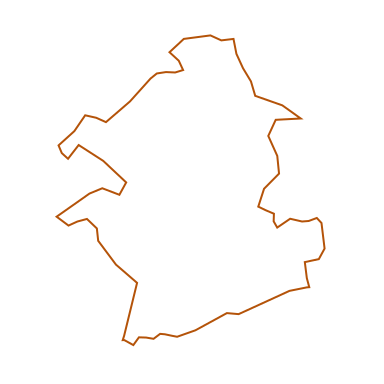 the District of Hîncesti, rotated 275°
{"feature_id": "MDA-1639", "entity_name": "Hîncesti", "entity_type": "District", "adm_level": 1, "iso_a3": "MDA", "parent_name": "Moldova", "parent_adm1": "", "projection": "natural_earth1", "projection_center": [28.404, 46.831], "detail": "fine", "context": "isolated", "style": "outline", "palette": "amber", "viewbox_px": 384, "rotation_deg": 275, "n_neighbors": 0, "source": "natural_earth", "source_scale": "10m", "svg_char_len": 1050}
<svg xmlns="http://www.w3.org/2000/svg" viewBox="0 0 384 384"><g transform="rotate(275 192 192)"><path d="M47.0,184.8L47.9,177.3L47.9,172.6L42.4,166.5L43.0,159.0L42.6,151.8L34.4,146.9L38.6,137.4L38.4,135.9L42.8,136.9L96.7,145.2L113.0,122.6L135.2,102.8L147.4,100.4L156.0,89.7L152.6,80.4L147.8,71.9L155.6,59.3L181.5,90.0L187.9,102.3L182.9,119.9L195.8,125.6L215.3,100.8L228.9,75.0L214.3,65.6L219.4,58.9L226.8,55.0L242.4,69.5L259.1,78.9L257.6,90.1L254.1,100.2L276.8,122.3L301.4,140.8L307.0,146.6L309.2,155.6L309.6,164.8L312.7,172.5L321.6,167.4L329.3,157.4L343.8,170.5L349.6,196.7L345.6,208.0L348.1,220.0L333.5,224.2L319.8,232.0L307.3,241.1L293.3,246.6L286.2,274.4L274.7,293.9L271.2,269.1L254.5,263.1L235.4,273.8L217.9,277.1L201.5,263.5L183.2,259.3L180.3,266.9L177.5,275.5L169.9,275.9L164.0,280.0L173.9,292.1L172.2,304.2L173.3,310.8L177.0,318.6L172.4,323.7L147.2,329.0L136.2,324.2L132.0,310.5L116.2,313.9L107.4,317.1L107.0,314.7L102.0,297.7L74.4,249.1L74.4,237.3L54.5,207.4L46.5,189.8L47.0,184.8Z" fill="none" stroke="#b45309" stroke-width="2"/></g></svg>